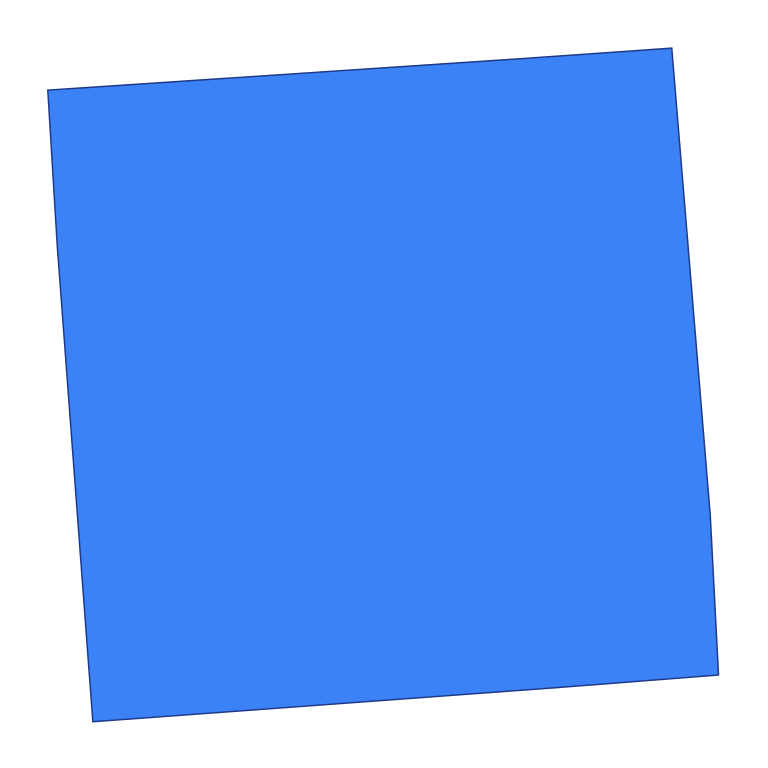 Iowa, Iowa, United States of America, rotated 356°
{"feature_id": "52423323B47307487801934", "entity_name": "Iowa", "entity_type": "district", "adm_level": 2, "iso_a3": "USA", "parent_name": "United States of America", "parent_adm1": "Iowa", "projection": "mercator", "projection_center": [-92.064, 41.686], "detail": "fine", "context": "isolated", "style": "filled", "palette": "blue", "viewbox_px": 768, "rotation_deg": 356, "n_neighbors": 0, "source": "geoboundaries", "source_scale": "gbopen_adm2", "svg_char_len": 272}
<svg xmlns="http://www.w3.org/2000/svg" viewBox="0 0 768 768"><g transform="rotate(356 384 384)"><path d="M70.0,700.6L540.9,698.9L697.4,697.6L700.3,538.3L694.5,69.0L538.6,69.0L69.1,67.4L67.7,223.2L70.0,700.6Z" fill="#3b82f6" stroke="#1e3a8a" stroke-width="1.5"/></g></svg>